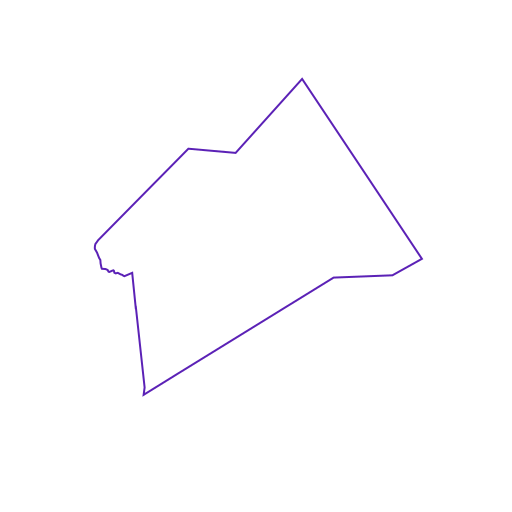 outline of Goroka District, Eastern Highlands, Papua New Guinea, rotated 210°
{"feature_id": "67681753B3470631360402", "entity_name": "Goroka District", "entity_type": "district", "adm_level": 2, "iso_a3": "PNG", "parent_name": "Papua New Guinea", "parent_adm1": "Eastern Highlands", "projection": "albers", "projection_center": [145.434, -6.025], "detail": "fine", "context": "isolated", "style": "outline", "palette": "violet", "viewbox_px": 512, "rotation_deg": 210, "n_neighbors": 0, "source": "geoboundaries", "source_scale": "gbopen_adm2", "svg_char_len": 692}
<svg xmlns="http://www.w3.org/2000/svg" viewBox="0 0 512 512"><g transform="rotate(210 256 256)"><path d="M110.9,336.5L193.0,377.2L304.6,432.4L325.2,335.1L368.2,315.1L380.5,268.0L400.6,190.9L400.9,187.7L401.1,186.3L400.7,184.7L399.9,182.9L399.1,181.6L395.3,179.4L393.1,177.6L390.8,175.8L388.8,174.7L386.9,171.9L383.9,168.5L383.0,167.9L381.0,168.9L379.7,169.5L377.5,169.7L375.9,168.7L375.1,168.8L373.8,170.5L373.0,171.6L372.3,172.3L371.6,172.1L370.3,170.7L368.8,170.8L367.3,172.3L364.1,172.4L362.3,172.8L361.1,172.6L359.9,172.7L354.8,179.5L334.4,151.2L334.3,151.4L286.7,86.4L283.9,79.6L264.9,115.0L178.0,276.1L128.2,307.5L110.9,336.5Z" fill="none" stroke="#5b21b6" stroke-width="2"/></g></svg>